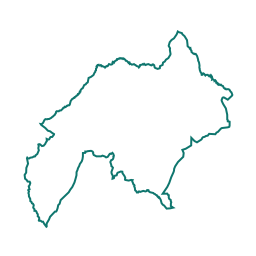 Nabon, Azuay, Ecuador, rotated 356°
{"feature_id": "8360857B24818019376312", "entity_name": "Nabon", "entity_type": "district", "adm_level": 2, "iso_a3": "ECU", "parent_name": "Ecuador", "parent_adm1": "Azuay", "projection": "robinson", "projection_center": [-79.125, -3.333], "detail": "fine", "context": "isolated", "style": "outline", "palette": "teal", "viewbox_px": 256, "rotation_deg": 356, "n_neighbors": 0, "source": "geoboundaries", "source_scale": "gbopen_adm2", "svg_char_len": 5778}
<svg xmlns="http://www.w3.org/2000/svg" viewBox="0 0 256 256"><g transform="rotate(356 128 128)"><path d="M72.7,97.1L71.5,100.7L70.7,101.3L69.9,101.1L69.0,101.7L68.5,101.6L67.2,102.8L66.3,102.4L65.6,103.3L64.8,103.4L64.5,104.0L62.4,105.8L60.9,105.8L60.1,106.5L58.0,106.3L57.3,107.0L57.0,108.3L56.3,109.0L55.9,109.8L54.6,110.6L54.3,111.1L53.0,111.8L52.2,112.5L50.0,113.5L48.7,113.4L48.0,113.7L46.2,113.4L45.0,114.5L43.7,116.9L42.0,118.2L41.2,118.0L41.6,118.8L45.5,122.2L47.9,125.1L50.3,126.0L51.6,127.3L53.8,128.9L53.7,129.4L51.8,131.6L50.2,131.6L49.7,132.0L48.6,133.8L47.5,134.0L46.1,133.2L46.1,135.5L45.1,136.6L44.4,138.0L42.6,139.8L40.9,140.0L39.2,138.2L38.2,137.9L37.4,138.2L37.7,139.9L37.1,141.8L37.5,144.0L35.7,147.6L33.8,148.9L33.5,149.7L33.0,150.0L32.1,149.8L30.7,150.6L28.4,150.8L27.3,151.5L25.9,151.3L25.4,150.6L25.1,151.1L25.8,156.6L23.8,160.7L23.3,165.4L21.6,167.6L21.8,171.4L23.3,172.8L24.1,174.4L26.2,174.7L26.7,176.1L25.7,178.5L24.9,179.2L25.5,182.3L24.4,182.6L24.1,183.0L24.8,184.6L24.1,185.9L24.5,187.2L24.4,189.3L25.5,191.8L25.5,194.2L26.6,195.1L26.9,196.4L27.9,196.9L28.6,198.4L27.9,200.7L28.3,201.6L29.1,202.6L28.9,204.1L30.3,204.3L31.0,205.5L31.2,206.6L31.9,207.6L32.0,208.5L31.8,209.8L32.8,210.7L33.2,211.7L32.6,214.1L32.9,214.4L34.3,214.3L35.5,215.5L36.7,215.5L37.8,217.9L39.7,220.8L40.0,220.6L40.1,218.1L40.4,217.3L42.8,213.8L44.1,211.1L49.3,206.3L50.3,206.4L51.1,205.6L52.2,203.0L53.0,200.1L54.5,198.8L55.8,195.2L64.4,188.0L66.1,185.5L68.3,183.0L70.8,178.6L72.1,175.1L73.3,171.6L73.6,168.4L74.8,166.1L75.2,164.8L76.7,162.4L77.5,160.5L79.5,158.1L80.4,156.0L81.0,153.4L81.3,149.8L83.6,149.8L83.9,149.3L83.8,148.5L85.1,148.6L86.2,148.3L89.5,148.2L90.9,148.9L91.5,149.8L91.6,150.4L91.4,150.9L91.9,152.5L94.6,154.1L99.1,154.4L100.6,153.8L102.8,154.7L104.1,155.8L105.7,155.4L108.0,152.5L108.8,152.3L109.3,152.7L110.7,151.7L111.5,152.8L111.9,154.3L112.0,154.8L111.4,155.3L111.5,156.4L110.9,157.8L110.1,158.6L109.0,158.9L108.0,160.7L108.7,163.5L108.8,165.0L109.4,165.4L110.2,166.6L108.4,170.7L108.5,172.3L109.4,174.4L109.5,175.9L109.1,176.8L109.0,177.5L110.4,177.1L111.0,175.3L111.5,174.7L113.4,174.4L114.1,172.4L114.6,171.9L117.8,170.9L119.3,171.2L119.4,172.8L121.0,175.4L121.8,177.4L121.4,179.1L121.6,179.6L125.0,180.5L127.5,180.0L128.9,180.3L128.5,180.9L128.5,181.8L128.9,182.4L129.5,184.7L130.1,185.0L130.5,185.7L130.1,186.8L130.6,187.9L130.8,190.7L131.9,191.7L132.3,192.9L133.7,193.0L134.2,192.1L135.0,192.1L135.7,192.6L138.8,191.8L141.0,192.5L142.2,192.2L142.7,191.3L143.7,191.3L144.1,191.5L144.3,192.6L145.5,193.6L148.7,194.6L149.5,195.5L150.2,195.7L151.0,196.6L152.1,197.1L152.5,198.1L153.9,198.8L154.0,199.3L153.4,199.3L154.0,200.0L154.6,199.9L155.6,201.9L156.3,205.4L157.5,207.1L158.6,207.8L160.9,211.1L164.3,211.1L167.5,210.6L165.3,208.9L165.5,206.4L166.0,205.0L165.6,204.3L165.6,202.8L164.1,201.5L163.8,200.0L164.0,197.9L163.3,197.6L162.6,196.2L158.0,196.0L163.1,189.5L165.3,185.7L167.7,180.1L170.3,175.3L170.9,173.8L171.2,171.9L172.4,169.5L175.5,165.4L181.1,160.6L181.8,156.8L180.7,153.6L184.2,152.7L189.8,149.8L190.5,142.2L193.5,145.7L195.8,147.1L200.1,144.8L200.7,144.3L201.4,143.1L202.2,142.4L203.7,142.2L205.2,141.4L207.0,141.2L208.5,139.5L214.7,140.3L216.0,138.7L217.4,138.2L220.5,135.2L221.6,134.6L227.7,134.3L229.1,133.9L229.5,132.8L229.8,129.3L229.8,128.8L228.0,128.3L228.1,127.1L227.6,126.5L227.9,121.7L227.0,115.3L224.6,110.7L223.5,107.9L223.3,106.7L224.3,104.6L225.1,104.1L226.0,104.3L229.5,106.7L234.1,102.9L234.4,102.3L233.7,99.7L232.9,98.9L231.8,96.8L230.5,96.2L228.7,96.3L228.0,96.0L227.9,95.5L227.3,95.5L226.3,94.5L225.7,92.8L223.9,91.9L223.8,91.4L222.8,91.5L222.5,90.9L222.0,90.8L221.4,91.1L221.0,90.0L220.2,89.1L219.9,88.9L219.8,89.4L219.5,88.9L219.1,88.9L219.1,87.5L218.4,86.5L217.5,87.1L217.4,86.3L216.5,85.6L215.8,85.3L215.3,85.5L215.6,84.4L215.3,83.9L215.5,83.5L215.4,82.9L215.0,82.7L215.1,82.2L214.6,81.4L214.1,82.6L213.0,80.5L213.0,81.4L212.5,82.0L211.2,80.5L209.3,80.5L208.8,81.0L207.7,79.3L206.9,78.7L206.1,78.9L205.9,80.1L205.2,80.1L205.1,78.7L204.2,77.1L203.6,74.9L203.7,73.9L203.4,73.0L203.7,70.6L203.4,67.5L202.7,65.7L202.7,64.4L201.9,60.9L200.7,58.8L199.5,58.9L199.3,58.5L198.5,58.5L196.6,56.5L196.7,55.3L196.0,54.3L195.9,53.1L195.4,53.1L195.5,52.6L195.1,52.7L194.9,52.2L194.0,51.5L193.1,50.3L193.2,49.4L193.0,44.5L190.8,40.3L188.8,38.3L188.4,37.1L185.3,35.9L184.4,35.2L183.1,38.0L180.1,41.8L177.6,43.2L175.6,45.3L174.3,48.9L175.5,51.4L175.2,53.0L175.6,57.1L175.4,57.8L173.1,61.1L170.6,62.5L169.4,64.2L167.5,65.2L166.9,67.5L164.3,68.5L163.9,70.6L161.7,71.1L159.3,70.0L158.8,69.3L158.5,67.2L157.5,66.3L156.8,66.3L156.3,67.0L155.6,67.2L152.8,65.7L151.2,65.9L150.0,66.4L148.7,65.2L148.3,65.9L147.7,65.8L147.2,65.3L146.3,65.8L144.5,66.0L144.4,66.6L143.6,67.2L143.8,67.6L143.1,68.3L142.8,67.6L140.8,66.7L139.8,65.6L138.7,65.2L138.4,64.7L136.3,65.1L134.8,64.0L134.2,64.3L133.9,63.6L134.0,63.1L133.3,63.2L133.3,62.4L132.6,62.4L131.7,61.2L130.9,60.7L130.4,60.7L130.0,59.7L128.6,58.4L128.0,58.8L127.6,58.2L127.1,58.4L126.6,58.0L126.0,58.3L125.0,57.7L124.6,58.1L124.0,58.0L123.7,58.4L122.6,58.4L122.0,59.1L121.6,58.8L121.2,59.6L119.6,60.4L118.9,61.3L118.7,61.2L118.5,61.8L117.4,61.0L117.0,61.8L117.0,63.0L116.4,63.4L115.3,63.6L113.5,62.9L112.1,64.8L111.4,65.0L111.2,64.7L110.4,65.0L109.4,66.0L109.2,65.5L107.7,65.1L107.0,64.5L105.9,64.6L105.7,63.6L105.3,63.3L104.2,63.7L103.0,63.4L103.0,62.9L102.1,63.0L101.5,63.6L101.5,64.1L100.9,64.4L101.2,65.4L100.2,66.6L100.1,68.2L99.4,68.8L99.2,69.8L98.6,70.3L97.2,72.8L94.5,74.5L92.2,75.3L91.0,79.7L89.5,80.6L88.9,81.5L87.3,82.1L85.6,85.2L84.6,85.6L83.2,87.2L83.1,88.3L82.4,88.4L82.4,89.2L81.9,90.0L81.5,90.0L80.8,91.0L80.3,90.8L80.0,91.6L79.4,92.1L78.9,92.1L78.0,93.1L77.1,93.4L76.7,94.2L76.0,94.1L75.0,95.0L74.3,95.2L72.7,97.1Z" fill="none" stroke="#0f766e" stroke-width="2"/></g></svg>